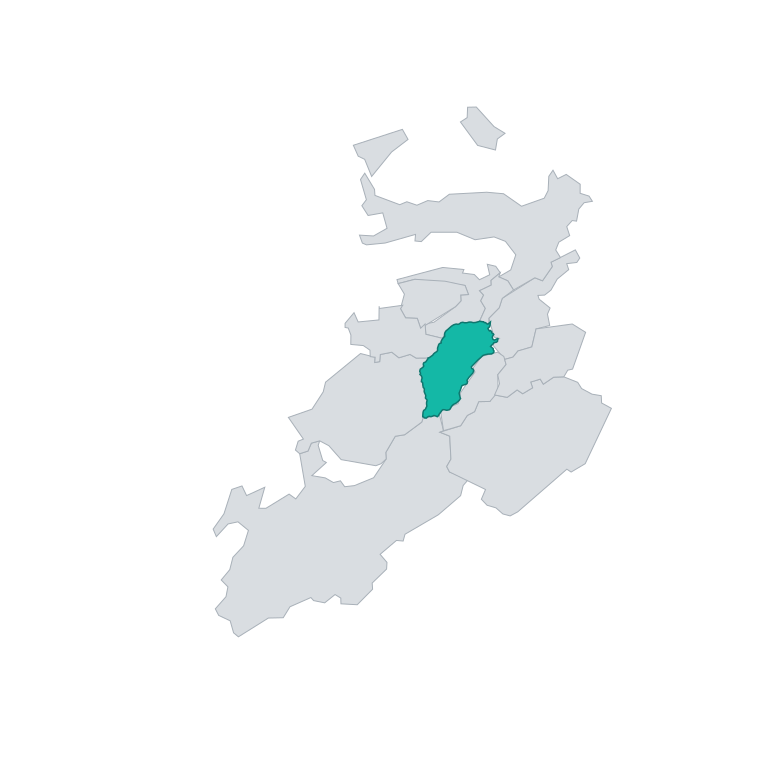 Hungary highlighted among its neighbors, rotated 137°
{"feature_id": "HUN", "entity_name": "Hungary", "entity_type": "country or territory", "adm_level": 0, "iso_a3": "HUN", "parent_name": "Europe", "parent_adm1": "", "projection": "natural_earth1", "projection_center": [19.424, 47.153], "detail": "fine", "context": "with_neighbors", "style": "filled", "palette": "teal", "viewbox_px": 768, "rotation_deg": 137, "n_neighbors": 11, "source": "natural_earth", "source_scale": "50m", "svg_char_len": 8055}
<svg xmlns="http://www.w3.org/2000/svg" viewBox="0 0 768 768"><g transform="rotate(137 384 384)"><path d="M584.8,382.8L593.5,388.0L610.7,386.7L607.9,394.4L589.6,398.2L567.2,410.7L557.4,406.3L560.6,396.1L541.6,389.8L560.3,378.5L555.1,373.6L528.5,368.2L526.9,360.1L511.4,362.8L493.2,390.5L485.3,386.8L477.5,390.3L469.8,386.3L474.0,384.0L481.0,369.8L479.7,365.9L499.3,366.2L491.0,355.4L488.2,346.4L481.9,342.9L482.8,335.7L475.0,329.9L455.5,322.5L433.5,327.7L429.4,332.7L411.4,338.1L403.5,332.8L382.4,330.4L375.2,335.0L374.0,329.2L364.6,323.4L372.3,309.3L376.0,310.6L371.5,301.0L386.3,283.4L394.4,280.9L396.1,275.0L387.4,256.6L395.3,255.8L404.1,250.1L433.4,251.3L471.1,259.8L477.1,256.1L481.6,261.1L503.0,262.1L503.5,251.5L508.3,246.9L528.4,246.5L532.3,241.7L554.1,240.8L565.4,252.6L561.6,256.9L563.4,263.4L576.6,264.4L583.2,273.6L583.1,277.7L604.7,285.2L617.1,281.8L628.2,291.7L662.9,298.4L663.7,304.6L658.0,315.7L662.7,327.5L660.7,334.6L644.6,336.2L636.5,342.1L636.7,351.7L623.4,353.4L612.7,360.3L597.0,361.4L583.0,369.4L584.8,382.8Z" fill="#d9dde1" stroke="#a8b0b8" stroke-width="1"/><path d="M385.7,207.9L386.6,217.1L391.3,225.0L391.4,233.3L381.7,237.6L396.1,275.0L394.4,280.9L386.3,283.4L371.5,301.0L376.0,310.6L356.4,301.2L344.5,304.2L336.6,302.0L326.8,306.5L318.4,299.0L311.6,301.9L303.0,290.2L290.7,288.9L289.2,282.3L277.9,279.9L275.4,285.4L266.4,281.0L267.6,275.2L255.3,273.3L247.6,266.6L241.2,253.1L242.6,245.9L238.8,234.7L233.1,227.3L237.8,221.7L234.3,211.1L291.2,188.5L307.2,192.0L308.4,197.0L373.4,199.3L381.7,201.5L385.7,207.9Z" fill="#d9dde1" stroke="#a8b0b8" stroke-width="1"/><path d="M279.0,319.7L277.8,338.5L268.4,338.6L271.5,343.2L262.5,360.6L247.7,361.2L239.1,366.0L201.2,358.8L197.7,351.4L180.9,355.1L178.8,359.2L152.6,351.6L154.9,342.6L160.1,341.4L168.3,347.4L170.9,341.7L185.7,342.6L197.9,338.8L205.9,339.5L211.0,343.8L212.7,340.2L210.7,326.3L216.8,323.6L222.9,313.8L235.2,320.6L250.6,310.3L263.5,316.8L271.3,315.7L279.0,319.7Z" fill="#d9dde1" stroke="#a8b0b8" stroke-width="1"/><path d="M469.8,386.3L477.5,390.3L485.3,386.8L493.2,390.5L493.8,396.1L485.8,400.7L480.5,398.7L476.7,424.8L453.8,414.7L433.8,419.7L425.5,425.2L380.4,422.3L372.2,409.6L376.1,406.0L371.9,403.3L366.6,408.1L356.6,401.9L355.2,393.0L344.8,387.9L342.8,381.0L333.6,372.6L347.1,368.5L365.0,339.5L382.4,330.4L403.5,332.8L411.4,338.1L429.4,332.7L433.5,327.7L440.5,327.7L445.7,329.8L466.9,357.9L466.4,376.5L469.8,386.3Z" fill="#d9dde1" stroke="#a8b0b8" stroke-width="1"/><path d="M271.8,364.5L289.7,376.4L303.7,380.5L310.0,377.3L319.5,391.8L313.0,399.9L305.3,395.1L278.9,391.8L271.0,392.3L267.2,396.8L261.2,391.8L257.5,400.8L290.0,439.5L305.2,447.8L303.3,451.5L261.6,429.2L247.5,413.2L250.9,411.6L243.3,402.5L243.1,395.2L232.2,391.8L226.8,401.1L222.0,393.9L223.1,386.1L235.0,386.8L238.1,383.2L250.5,387.1L250.5,381.1L256.5,378.9L258.3,370.2L271.8,364.5Z" fill="#d9dde1" stroke="#a8b0b8" stroke-width="1"/><path d="M168.7,356.1L178.8,359.2L180.9,355.1L197.7,351.4L201.2,358.8L225.2,364.4L223.1,375.0L227.0,384.1L213.5,381.0L199.5,388.6L197.9,405.5L203.2,416.5L219.0,427.4L227.2,445.3L246.1,462.9L259.6,462.7L263.8,467.5L258.9,471.9L287.0,486.3L301.9,497.7L303.7,501.8L300.4,509.6L290.7,499.4L275.6,495.8L268.2,510.0L280.7,518.1L278.6,529.5L271.2,530.8L261.7,549.6L254.3,551.3L258.2,532.8L262.0,528.1L250.2,504.4L243.0,501.7L238.0,492.3L226.9,488.3L219.6,479.6L206.8,478.2L178.1,454.2L166.8,441.6L162.2,420.2L140.1,410.6L132.1,413.5L121.8,423.5L114.6,425.1L117.0,415.7L107.8,413.0L104.3,396.3L110.5,389.7L105.9,381.6L107.0,375.5L114.0,380.1L122.2,379.1L132.1,371.8L134.9,375.2L143.0,374.5L147.0,365.9L159.4,368.5L167.0,364.9L168.7,356.1ZM220.2,548.5L251.5,544.2L244.9,561.5L247.5,568.2L243.6,579.5L196.9,557.7L199.6,546.5L220.2,548.5ZM134.0,485.9L142.9,479.1L152.8,494.6L149.4,523.5L141.5,522.1L134.1,529.4L127.6,523.6L128.0,497.2L124.5,484.8L134.0,485.9Z" fill="#d9dde1" stroke="#a8b0b8" stroke-width="1"/><path d="M225.2,364.4L239.1,366.0L247.7,361.2L262.5,360.6L265.8,357.0L268.6,357.2L271.8,364.5L258.3,370.2L256.5,378.9L250.5,381.1L250.5,387.1L238.1,383.2L235.0,386.8L223.1,386.1L227.0,384.1L223.1,375.0L225.2,364.4Z" fill="#d9dde1" stroke="#a8b0b8" stroke-width="1"/><path d="M372.3,309.3L361.1,325.6L343.1,319.1L333.7,325.5L309.3,330.7L307.9,335.0L293.8,337.6L279.2,329.8L277.6,322.4L281.4,315.0L294.5,313.2L305.7,300.6L318.4,299.0L326.8,306.5L336.6,302.0L344.5,304.2L356.4,301.2L372.3,309.3Z" fill="#d9dde1" stroke="#a8b0b8" stroke-width="1"/><path d="M247.6,266.6L255.3,273.3L267.6,275.2L266.4,281.0L275.4,285.4L277.9,279.9L289.2,282.3L290.7,288.9L303.0,290.2L310.6,300.6L299.3,305.4L294.5,313.2L281.4,315.0L279.0,319.7L271.3,315.7L263.5,316.8L250.6,310.3L235.2,320.6L205.4,299.5L201.3,284.3L235.9,266.3L240.2,268.8L247.6,266.6Z" fill="#d9dde1" stroke="#a8b0b8" stroke-width="1"/><path d="M305.2,447.8L290.0,439.5L269.3,417.6L257.5,400.8L261.2,391.8L267.2,396.8L271.0,392.3L278.9,391.8L319.2,399.8L314.9,409.3L323.1,417.6L320.6,427.8L307.8,435.8L305.2,447.8Z" fill="#d9dde1" stroke="#a8b0b8" stroke-width="1"/><path d="M310.0,377.3L323.0,371.6L333.6,372.6L342.8,381.0L344.8,387.9L355.2,393.0L356.6,401.9L366.6,408.1L371.9,403.3L376.1,406.0L372.2,409.6L375.4,413.4L371.2,418.3L372.9,426.2L381.3,435.6L374.8,442.4L372.0,449.3L373.9,451.9L371.1,454.9L357.3,456.6L360.6,447.0L344.0,434.3L334.5,444.2L335.9,442.4L316.6,428.8L320.6,427.8L323.1,417.6L314.9,409.3L319.2,399.8L313.0,399.9L319.5,391.8L310.0,377.3Z" fill="#d9dde1" stroke="#a8b0b8" stroke-width="1"/><path d="M365.4,323.8L367.0,323.6L367.4,323.8L367.7,324.8L368.1,325.5L368.5,326.3L369.1,327.0L370.3,327.3L371.9,328.1L373.0,329.6L374.6,330.2L375.0,330.2L376.1,330.1L376.4,330.4L377.3,331.2L377.6,331.8L377.5,332.5L377.6,333.3L378.0,333.6L377.6,334.1L374.7,336.7L373.5,337.4L372.8,337.6L371.6,337.3L370.3,337.5L369.2,338.1L368.2,338.3L367.5,338.9L366.5,340.4L365.3,341.6L364.0,342.4L363.4,343.0L363.3,345.4L362.7,346.0L361.7,346.7L361.2,347.3L359.9,350.9L358.8,352.0L357.8,352.9L357.6,353.7L357.7,354.6L356.5,356.5L355.0,358.4L354.8,359.1L355.1,360.2L353.7,361.4L352.8,362.0L352.1,362.3L351.7,363.0L351.0,364.9L351.2,365.7L351.2,366.5L350.0,366.9L349.6,367.7L349.3,368.8L348.8,369.2L347.4,370.1L344.0,369.7L342.7,370.0L342.3,370.6L342.3,371.1L341.8,371.6L341.1,372.2L340.3,372.4L338.5,371.7L334.6,372.5L334.0,373.0L333.4,372.6L332.6,372.3L328.7,371.8L327.2,372.2L325.2,372.1L323.3,371.7L321.9,372.0L320.7,373.4L320.1,373.9L319.6,374.2L318.5,374.7L317.6,375.3L316.5,375.7L315.4,375.6L314.4,375.0L314.0,375.1L313.7,375.7L313.2,376.2L311.7,376.8L311.3,376.8L311.2,376.8L310.1,377.2L308.2,377.5L307.3,377.3L305.5,379.3L305.0,379.7L303.4,380.3L302.0,380.6L300.9,380.4L300.4,380.4L295.3,380.3L292.7,379.8L291.0,379.0L289.9,378.2L289.3,377.2L288.0,376.6L285.9,376.4L284.3,375.4L283.2,373.7L281.6,372.3L279.6,371.3L278.1,369.9L276.9,368.0L274.9,366.4L271.9,364.9L271.0,364.6L270.8,364.1L269.4,362.3L268.7,361.6L268.8,360.7L268.5,360.2L268.0,359.8L267.7,358.5L267.6,357.5L267.1,356.9L263.9,356.8L266.7,354.4L268.0,353.8L269.6,353.9L270.1,353.7L270.2,353.4L270.5,352.6L270.6,351.9L270.7,351.2L270.6,350.8L269.8,350.7L269.5,349.1L269.9,348.4L270.3,348.0L269.8,346.0L270.0,345.3L271.2,345.2L272.2,344.8L273.0,344.3L273.3,343.6L273.9,342.4L273.3,340.8L269.9,339.8L269.7,339.4L270.5,339.0L271.4,338.3L271.9,337.8L272.6,337.8L273.5,338.0L275.2,339.2L275.8,339.3L276.4,339.0L277.1,338.9L279.0,339.0L280.5,338.7L280.2,337.5L280.2,336.6L280.0,335.9L280.1,335.2L280.8,334.6L281.0,333.2L282.0,332.3L282.4,332.2L284.1,332.4L284.5,332.6L284.8,332.6L287.5,334.9L290.1,336.5L292.2,337.4L295.3,337.4L298.7,337.5L304.2,337.2L308.4,337.0L308.6,336.6L309.3,335.6L308.8,334.7L308.8,333.7L309.5,332.4L311.6,331.4L317.4,330.9L320.8,330.1L321.3,329.0L322.5,327.9L323.5,327.7L324.9,328.2L326.6,329.1L328.1,329.6L328.9,329.3L331.9,327.7L335.3,326.1L337.7,321.9L337.9,321.2L340.5,320.7L344.2,320.8L346.1,321.4L347.6,321.7L349.7,321.6L352.8,320.6L354.0,320.7L354.9,321.3L355.9,321.9L356.5,322.6L357.0,323.5L357.3,323.9L357.7,324.4L358.5,325.1L359.3,325.2L365.0,324.1L365.4,323.8Z" fill="#14b8a6" stroke="#0f766e" stroke-width="1.5"/></g></svg>